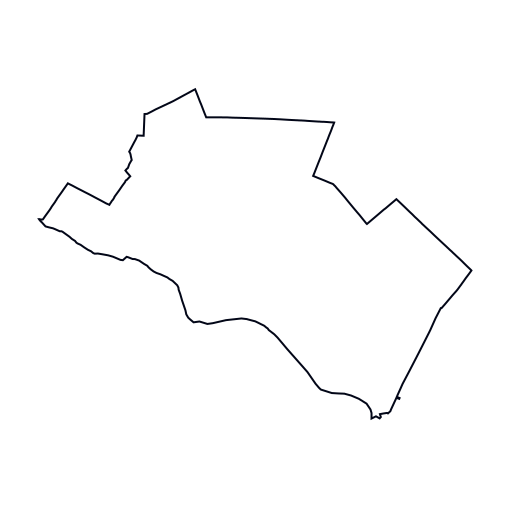 outline of Adunatii-Copaceni, Giurgiu, Romania, rotated 176°
{"feature_id": "2599482B97048996480927", "entity_name": "Adunatii-Copaceni", "entity_type": "district", "adm_level": 2, "iso_a3": "ROU", "parent_name": "Romania", "parent_adm1": "Giurgiu", "projection": "orthographic", "projection_center": [26.057, 44.248], "detail": "fine", "context": "isolated", "style": "outline", "palette": "ink", "viewbox_px": 512, "rotation_deg": 176, "n_neighbors": 0, "source": "geoboundaries", "source_scale": "gbopen_adm2", "svg_char_len": 4639}
<svg xmlns="http://www.w3.org/2000/svg" viewBox="0 0 512 512"><g transform="rotate(176 256 256)"><path d="M305.1,426.6L306.5,426.0L319.2,420.2L328.2,416.1L346.0,409.2L347.1,408.7L350.0,407.4L353.5,405.9L354.7,405.4L355.9,405.4L357.3,405.4L359.7,383.8L365.9,384.5L366.3,383.6L366.7,382.7L368.2,380.1L369.5,378.1L372.1,373.9L374.9,369.4L375.2,368.9L375.0,368.5L374.4,367.4L374.3,367.0L374.0,365.6L374.0,365.4L373.9,364.4L373.3,360.4L374.0,359.5L376.0,356.5L376.9,354.4L377.6,352.8L378.8,351.9L380.1,350.6L380.3,350.4L379.5,349.2L378.6,347.9L377.1,346.0L375.9,344.3L378.2,342.2L379.6,340.9L380.1,340.7L380.4,340.6L380.8,340.2L381.0,339.9L381.3,339.2L381.8,338.5L384.4,335.5L387.8,331.2L393.1,324.9L393.2,324.4L394.8,322.1L395.8,321.2L397.2,319.3L398.4,317.8L398.7,317.3L400.4,318.2L401.6,318.8L404.1,320.4L407.1,322.3L413.4,326.2L414.0,326.6L417.2,328.6L419.5,330.0L422.2,331.6L425.8,333.8L429.3,335.9L432.5,337.9L434.4,339.1L438.0,341.2L438.6,341.6L444.0,335.0L444.2,334.7L446.4,332.0L448.0,330.1L448.9,329.0L450.0,327.7L450.4,327.1L450.7,326.8L450.9,326.4L451.1,326.1L451.3,325.8L451.6,325.4L451.9,325.1L452.6,324.0L454.5,321.7L454.9,321.2L455.1,321.0L456.4,319.4L457.2,318.2L458.9,316.0L461.0,313.5L463.7,310.3L465.7,307.8L466.2,307.3L467.2,307.3L468.7,307.6L469.1,307.7L469.5,307.9L469.9,307.9L469.3,306.9L468.2,305.4L467.6,304.9L466.9,304.0L463.9,300.2L460.5,299.0L456.6,297.8L454.4,296.7L451.6,295.2L450.1,294.4L449.5,294.3L448.2,294.2L447.2,293.6L444.2,291.1L440.7,288.2L438.5,285.9L436.6,284.5L435.4,283.6L434.3,281.9L433.2,281.0L430.2,279.4L426.8,276.6L423.2,273.9L420.2,272.2L418.2,270.3L416.8,269.6L414.9,269.5L413.6,269.5L409.0,268.4L403.5,267.0L398.8,265.3L396.4,264.1L391.5,261.6L389.1,261.1L385.1,264.2L383.7,263.7L379.3,261.6L377.1,261.4L372.9,259.6L368.2,255.9L365.1,253.8L364.1,252.3L362.0,250.1L359.2,247.7L356.4,246.0L352.6,244.4L349.3,242.6L345.9,240.8L344.0,239.1L340.9,237.0L336.6,232.3L335.6,229.9L335.5,227.7L334.3,223.6L332.8,216.6L330.2,206.8L329.6,202.6L327.9,199.2L326.2,197.4L322.9,194.2L317.0,194.6L309.2,191.6L303.8,192.0L290.4,194.1L274.9,194.7L270.1,193.8L269.5,193.7L268.5,193.3L263.2,191.5L261.6,191.0L260.8,190.6L260.3,190.3L258.2,189.1L255.2,187.3L254.6,187.0L252.6,185.8L250.9,184.1L249.4,182.9L248.4,181.2L243.3,176.7L240.2,173.1L231.6,161.3L231.0,160.5L216.3,141.3L212.8,136.7L205.5,124.4L202.4,120.2L200.7,118.3L199.8,117.9L198.5,117.4L193.2,115.3L189.9,114.0L183.1,113.1L177.5,112.5L170.9,110.2L163.4,106.4L156.0,101.0L152.5,94.9L151.7,91.3L152.1,85.8L147.5,87.7L144.0,85.4L142.7,86.7L143.1,88.2L143.4,89.6L140.0,90.0L137.7,90.2L136.3,90.3L135.3,90.1L135.2,89.9L132.8,91.8L131.9,93.7L129.3,98.4L126.0,104.4L125.8,104.8L125.7,104.7L123.1,103.5L122.7,104.3L125.3,105.6L124.7,107.0L120.7,114.4L118.7,118.2L110.7,131.1L109.8,132.6L100.9,147.2L89.7,165.9L87.4,169.8L81.2,181.4L75.3,191.1L75.1,191.2L74.8,191.1L74.6,191.1L74.4,191.2L74.0,191.6L70.2,195.4L66.3,199.4L63.1,202.7L62.2,203.6L58.3,207.4L57.1,208.7L53.8,212.6L53.2,213.2L52.9,213.7L50.7,216.3L48.2,219.4L46.7,221.1L44.7,223.4L43.1,225.3L42.1,226.5L42.3,226.8L43.0,227.6L44.1,228.8L46.2,231.1L49.2,234.5L51.1,236.7L52.3,238.0L53.2,239.0L55.2,241.1L56.6,242.6L57.3,243.4L59.2,245.4L60.6,247.0L60.8,247.2L62.1,248.5L63.1,249.6L64.0,250.6L64.5,251.1L65.1,251.8L66.7,253.5L68.4,255.3L72.7,259.9L76.5,264.0L80.3,268.2L85.2,273.4L86.2,274.5L88.2,276.6L88.4,276.9L88.8,277.4L89.8,278.5L91.1,279.9L92.9,281.9L94.9,284.0L97.2,286.7L99.9,289.6L104.1,294.3L108.3,298.9L112.0,302.9L114.7,300.9L117.6,298.8L120.6,296.6L123.3,294.6L124.5,293.8L124.7,293.7L125.2,293.4L130.7,289.3L137.1,284.6L140.9,281.8L143.1,280.2L143.2,280.3L143.6,280.7L146.7,285.1L149.9,289.7L152.0,292.5L155.3,297.0L160.3,304.0L162.2,306.7L162.3,306.9L163.3,308.3L166.7,312.9L170.9,318.4L172.1,320.1L172.6,320.6L173.4,321.5L173.8,322.1L174.1,322.3L174.5,322.6L177.1,323.8L182.4,326.5L188.6,329.5L193.4,331.9L192.1,334.5L190.0,338.9L187.1,345.0L184.7,349.9L182.2,355.3L179.8,360.3L176.8,366.6L175.9,368.3L175.7,368.9L174.3,371.9L172.7,375.1L171.5,377.7L170.9,379.1L169.8,381.3L168.7,383.7L169.1,383.8L170.2,383.9L171.8,384.1L175.8,384.7L179.5,385.2L180.8,385.3L182.0,385.4L182.8,385.6L183.0,385.6L184.8,385.8L189.3,386.4L195.2,387.2L195.3,387.2L196.5,387.4L197.8,387.6L200.1,387.9L203.7,388.3L203.8,388.3L204.4,388.4L207.8,388.8L213.6,389.5L221.9,390.6L228.4,391.4L234.1,392.0L234.3,392.0L234.9,392.1L237.7,392.4L241.7,392.8L248.5,393.5L256.0,394.3L259.0,394.6L263.9,395.1L269.3,395.6L274.5,396.2L284.3,397.0L289.1,397.3L296.0,397.8L297.4,402.1L300.1,410.9L301.2,414.1L302.5,418.4L303.3,421.0L304.6,425.1L304.7,425.4L305.1,426.6Z" fill="none" stroke="#020617" stroke-width="2"/></g></svg>